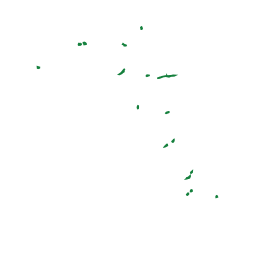 the district of Kepulauan Seribu, Indonesia, rotated 159°
{"feature_id": "22746128B63742079715926", "entity_name": "Kepulauan Seribu", "entity_type": "district", "adm_level": 2, "iso_a3": "IDN", "parent_name": "Indonesia", "parent_adm1": "", "projection": "albers", "projection_center": [106.577, -5.612], "detail": "medium", "context": "isolated", "style": "filled", "palette": "green", "viewbox_px": 256, "rotation_deg": 159, "n_neighbors": 0, "source": "geoboundaries", "source_scale": "gbopen_adm2", "svg_char_len": 1837}
<svg xmlns="http://www.w3.org/2000/svg" viewBox="0 0 256 256"><g transform="rotate(159 128 128)"><path d="M69.4,161.1L66.2,160.1L65.0,160.2L67.0,161.1L68.7,161.3L72.8,162.5L72.9,162.9L73.0,162.6L74.5,163.2L76.4,163.5L76.1,163.2L74.2,162.8L71.4,161.0L69.4,161.1ZM116.8,181.0L114.1,181.2L113.7,181.6L111.6,182.0L111.1,183.3L109.9,184.4L110.9,184.1L114.5,182.0L117.3,181.3L116.8,181.0ZM139.1,221.6L137.1,221.2L136.9,221.7L137.2,222.6L137.9,223.5L139.0,223.7L139.1,221.6ZM89.2,59.3L88.4,59.4L87.3,60.5L87.1,61.2L89.4,60.3L91.1,60.4L91.3,60.0L92.0,59.7L91.1,59.5L90.0,59.6L89.2,59.3ZM142.9,222.5L141.9,222.7L141.5,223.1L142.4,223.7L142.5,224.1L143.0,224.0L143.7,224.5L144.3,223.8L144.4,223.1L142.9,222.5ZM97.9,98.8L99.3,97.9L100.3,97.7L100.8,97.3L99.9,97.2L97.5,97.5L97.3,98.6L97.9,98.8ZM101.3,205.7L100.2,205.6L100.2,206.1L101.6,207.1L102.4,208.5L103.0,208.0L102.5,207.7L102.0,206.7L102.1,206.2L101.3,205.7ZM190.5,215.9L189.2,215.8L188.9,216.4L190.6,217.7L191.0,216.3L190.5,215.9ZM91.9,169.5L88.9,169.4L91.1,170.5L91.8,170.5L92.2,170.0L91.9,169.5ZM89.6,100.8L89.9,100.4L91.7,99.7L91.6,99.1L91.2,98.7L90.6,98.8L89.7,99.6L89.2,100.8L89.6,100.8ZM80.6,163.3L77.9,163.3L78.3,163.6L80.0,163.9L82.9,163.9L80.6,163.3ZM91.8,45.9L90.7,46.1L90.5,47.1L90.7,47.4L91.2,47.6L91.9,47.2L92.4,46.2L91.8,45.9ZM97.4,44.6L96.6,44.0L95.7,44.3L95.1,44.7L95.0,45.4L95.3,45.7L95.7,45.6L97.1,44.8L97.1,44.5L97.4,44.6ZM80.0,217.3L80.3,215.5L79.7,215.3L79.1,215.8L79.0,217.3L79.2,217.6L80.0,217.3ZM87.2,128.0L84.3,127.9L84.0,128.3L84.3,128.6L86.1,128.8L86.8,128.7L87.4,128.3L87.2,128.0ZM110.8,145.2L111.5,144.5L112.0,143.5L111.9,142.6L111.5,142.6L111.1,143.3L110.5,144.9L110.8,145.2ZM85.4,63.2L84.0,63.6L83.4,64.8L85.1,64.2L85.5,63.7L85.4,63.2ZM69.7,33.0L70.5,32.2L70.6,31.6L69.2,31.5L69.1,32.5L69.7,33.0Z" fill="#22c55e" stroke="#15803d" stroke-width="1.5"/></g></svg>